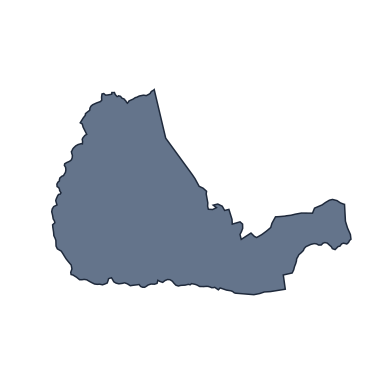 outline of Kinta, Perak, Malaysia, rotated 256°
{"feature_id": "92858781B39286105969870", "entity_name": "Kinta", "entity_type": "district", "adm_level": 2, "iso_a3": "MYS", "parent_name": "Malaysia", "parent_adm1": "Perak", "projection": "mercator", "projection_center": [101.136, 4.516], "detail": "fine", "context": "isolated", "style": "filled", "palette": "slate", "viewbox_px": 384, "rotation_deg": 256, "n_neighbors": 0, "source": "geoboundaries", "source_scale": "gbopen_adm2", "svg_char_len": 3566}
<svg xmlns="http://www.w3.org/2000/svg" viewBox="0 0 384 384"><g transform="rotate(256 192 192)"><path d="M102.4,167.8L103.2,169.4L101.7,172.6L100.8,174.0L99.8,175.2L98.5,176.5L98.0,178.3L97.4,180.5L97.0,183.0L96.5,184.8L95.3,186.8L94.4,187.9L94.0,189.9L94.0,191.0L90.7,193.9L92.1,196.1L89.8,199.7L88.5,201.7L87.6,203.8L86.7,205.9L85.6,207.4L84.0,208.6L83.3,209.7L77.4,227.2L77.1,233.2L77.5,238.1L76.4,243.9L75.1,259.0L89.4,260.5L89.2,269.6L91.8,271.8L94.8,273.4L97.3,275.2L99.7,276.6L101.9,277.4L103.3,278.8L105.3,280.5L106.7,283.3L108.3,285.9L110.1,287.3L111.4,289.3L112.4,294.6L112.4,298.0L111.6,300.2L109.9,302.0L109.3,304.6L110.6,306.6L110.8,308.7L109.7,310.9L108.1,311.9L105.3,313.9L103.1,314.5L101.5,316.9L102.7,318.9L103.7,320.5L103.7,322.5L105.5,324.6L105.7,326.6L104.9,328.2L104.1,329.6L105.1,331.6L106.9,333.2L107.7,334.8L112.4,335.4L119.4,334.2L126.5,333.8L143.1,337.0L143.2,336.7L145.5,333.4L148.6,330.6L150.8,326.5L150.8,323.3L149.5,318.9L148.0,315.1L147.3,310.7L146.7,307.0L142.3,303.8L145.1,293.1L145.5,286.8L145.5,282.4L146.1,277.7L146.1,276.4L147.0,270.8L147.7,267.0L142.3,262.0L138.5,259.8L136.0,254.7L133.8,249.4L132.2,243.7L133.8,241.8L137.9,239.3L134.1,228.3L139.2,228.3L141.7,230.5L144.5,232.4L148.6,233.3L151.4,231.4L151.1,223.3L155.8,224.2L166.2,223.6L166.2,219.2L170.9,217.9L174.1,214.1L174.1,209.4L170.9,211.9L170.0,207.8L171.3,203.7L174.4,203.7L177.6,204.7L182.0,205.0L186.7,205.3L189.2,206.3L193.0,203.7L195.8,200.3L204.3,198.1L208.7,196.5L250.6,179.5L300.5,180.1L300.1,179.4L299.6,177.5L298.8,176.1L297.8,175.4L297.3,173.9L296.9,172.3L296.6,170.9L297.2,169.6L297.7,168.3L297.9,164.0L297.5,162.3L297.3,161.4L297.3,159.8L296.4,157.4L296.0,155.1L295.5,152.7L294.7,152.0L293.8,150.8L294.8,150.2L296.4,149.8L297.4,149.1L298.2,149.0L299.0,148.2L299.9,146.8L302.1,145.8L303.1,144.0L302.7,143.3L302.7,142.4L303.9,141.7L305.2,141.1L306.6,140.9L307.3,140.8L307.9,138.3L306.3,137.7L306.5,134.0L306.9,131.6L308.9,130.2L308.9,128.4L305.9,127.2L302.9,126.6L301.9,125.0L301.5,120.9L300.7,116.7L299.7,114.7L298.1,113.3L296.0,112.5L295.0,110.1L293.8,107.6L292.2,107.0L290.2,104.4L286.2,100.3L284.5,102.0L281.4,102.0L273.4,103.8L272.8,101.7L270.7,99.0L269.6,98.2L267.6,98.1L265.2,97.3L265.7,96.2L265.6,92.9L264.9,90.4L263.5,87.9L262.4,86.5L261.2,85.7L260.3,84.7L258.5,84.7L256.3,84.8L254.1,84.0L252.4,82.8L251.4,80.6L250.9,77.6L250.2,75.3L248.7,74.6L246.6,75.3L244.1,75.0L241.7,74.0L240.8,73.0L239.0,71.3L238.8,69.6L237.6,67.2L236.2,66.4L234.8,66.0L234.0,64.3L232.3,62.8L229.9,62.4L228.5,63.7L226.8,64.1L225.4,63.9L222.9,64.7L221.8,63.5L221.9,61.9L220.7,60.6L219.4,59.6L218.0,58.5L216.6,57.7L215.4,57.7L212.1,57.9L211.3,54.3L209.4,52.3L206.8,51.1L203.2,51.1L199.4,50.8L197.4,51.5L195.3,51.5L193.9,48.8L191.3,48.4L186.7,48.0L183.1,47.4L180.0,48.0L178.0,48.2L172.4,47.0L169.4,47.6L166.3,50.8L164.3,51.5L162.5,52.1L160.5,52.7L157.5,53.7L155.3,54.7L152.8,55.9L150.4,57.1L146.4,56.9L143.4,54.9L141.2,54.7L140.2,56.5L138.5,58.1L137.3,59.3L134.1,61.7L133.5,64.1L133.3,66.2L132.3,68.6L130.5,70.4L128.3,72.8L126.3,75.2L125.3,77.8L124.9,80.1L123.6,82.7L123.8,85.1L124.2,87.7L126.3,89.1L128.1,90.1L128.3,93.1L126.5,93.7L123.8,94.4L122.0,96.2L120.6,98.8L120.2,102.2L120.2,104.6L118.6,107.0L116.0,109.5L115.8,111.9L115.0,118.3L112.8,119.3L111.6,120.9L111.0,123.0L111.6,125.0L112.4,127.0L112.6,130.0L111.6,133.4L111.8,136.0L114.6,137.5L113.6,138.5L112.8,139.5L111.4,141.7L112.6,144.3L113.0,147.1L112.2,149.5L110.1,151.4L107.9,152.4L105.5,153.8L104.1,156.0L104.1,158.6L103.3,162.8L103.3,166.1L102.4,167.8Z" fill="#64748b" stroke="#1e293b" stroke-width="1.5"/></g></svg>